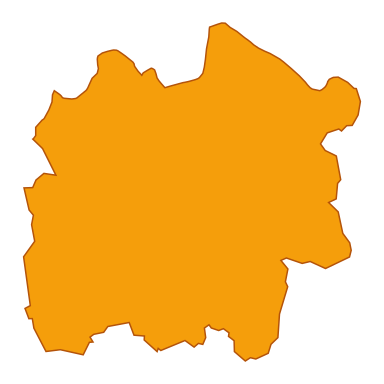 outline of Staro Nagorichane, Staro Nagoričane, North Macedonia
{"feature_id": "65306769B92481103020830", "entity_name": "Staro Nagorichane", "entity_type": "district", "adm_level": 2, "iso_a3": "MKD", "parent_name": "North Macedonia", "parent_adm1": "Staro Nagoričane", "projection": "orthographic", "projection_center": [21.915, 42.232], "detail": "fine", "context": "isolated", "style": "filled", "palette": "amber", "viewbox_px": 384, "rotation_deg": 0, "n_neighbors": 0, "source": "geoboundaries", "source_scale": "gbopen_adm2", "svg_char_len": 2236}
<svg xmlns="http://www.w3.org/2000/svg" viewBox="0 0 384 384"><path d="M325.5,268.5L349.5,257.0L351.2,250.3L349.7,242.8L342.8,233.4L338.2,211.9L328.6,202.5L336.2,198.9L337.6,183.4L340.7,179.7L336.3,156.0L325.2,150.5L320.5,143.9L327.2,132.9L338.8,129.0L341.5,131.0L346.7,125.7L352.2,125.4L358.1,115.0L360.4,101.5L356.3,88.6L354.0,88.4L347.7,82.4L338.2,77.1L333.3,77.4L331.7,78.1L329.3,79.3L327.7,81.6L327.4,82.9L326.7,84.4L326.0,85.8L324.8,87.3L322.0,89.6L319.8,90.7L312.3,89.1L310.1,87.7L307.4,84.8L305.4,82.2L299.3,75.8L291.2,68.5L283.7,62.1L279.7,59.0L270.1,53.5L264.7,51.2L258.5,48.1L253.6,44.8L250.6,42.1L247.6,39.8L245.3,38.2L243.1,36.5L236.8,31.4L230.1,27.4L225.3,23.2L221.7,23.0L217.5,24.3L209.6,27.1L209.3,29.0L208.8,36.9L206.5,48.9L205.4,59.5L204.3,67.2L202.9,73.1L202.1,74.3L199.4,77.6L198.0,78.6L195.4,79.6L193.7,80.1L188.2,81.6L184.9,82.3L183.1,82.6L176.5,84.4L170.6,86.0L164.9,87.7L161.2,83.5L158.8,80.6L157.0,77.8L156.2,74.5L155.8,73.2L154.6,69.9L152.6,68.6L151.2,68.2L147.6,70.2L143.2,72.9L141.8,75.3L138.1,71.3L134.6,66.3L134.0,63.7L132.9,62.1L125.2,55.9L121.3,53.1L117.9,50.8L116.5,50.2L113.6,50.0L111.5,50.4L107.4,51.4L102.3,53.0L98.0,56.0L97.5,57.6L97.3,59.3L97.7,64.8L98.4,68.6L97.2,73.4L92.1,78.3L88.4,86.5L88.0,87.5L86.7,89.7L85.9,90.6L76.8,98.0L75.6,98.5L71.8,99.0L64.6,98.3L63.8,98.2L62.4,97.6L61.5,96.3L60.8,95.5L59.7,94.5L54.3,90.7L52.5,94.8L52.0,102.0L48.9,109.9L44.2,118.5L43.5,119.2L42.1,120.1L35.7,127.3L35.7,135.6L33.3,138.8L32.8,139.1L42.6,148.6L55.9,175.2L43.9,173.4L36.0,180.0L32.7,187.6L24.0,187.9L29.1,210.0L33.4,215.2L31.6,224.7L34.7,241.3L23.6,256.8L30.3,305.6L25.0,308.4L28.9,318.7L32.3,318.6L33.9,328.2L46.0,351.5L60.3,349.7L83.2,354.8L89.4,342.3L93.0,342.0L90.0,337.1L93.8,334.3L103.7,332.3L107.8,326.5L129.2,322.5L134.0,335.2L144.4,336.0L144.2,340.0L157.1,351.6L158.2,348.4L160.8,350.5L185.0,340.5L194.1,347.1L198.4,343.4L202.8,344.4L205.7,337.6L204.4,328.0L209.0,324.8L211.3,328.0L218.7,330.5L223.4,328.7L229.0,332.8L228.5,336.4L234.1,340.7L234.4,351.6L245.3,361.0L250.4,357.7L255.8,359.0L268.2,353.3L271.0,344.3L277.9,337.6L279.5,314.0L287.7,286.7L285.4,281.8L287.9,269.0L280.9,260.4L286.4,258.0L302.2,263.4L310.2,261.5L325.5,268.5Z" fill="#f59e0b" stroke="#b45309" stroke-width="1.5"/></svg>